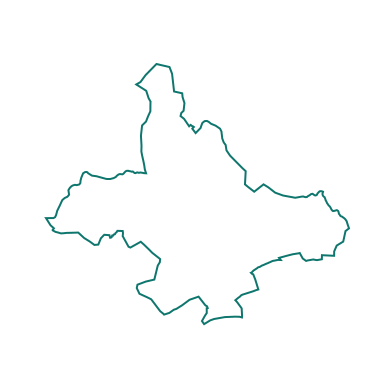 the district of Dawakin Kudu, Kano, Nigeria, rotated 170°
{"feature_id": "59680162B24430291126178", "entity_name": "Dawakin Kudu", "entity_type": "district", "adm_level": 2, "iso_a3": "NGA", "parent_name": "Nigeria", "parent_adm1": "Kano", "projection": "orthographic", "projection_center": [8.658, 11.798], "detail": "fine", "context": "isolated", "style": "outline", "palette": "teal", "viewbox_px": 384, "rotation_deg": 170, "n_neighbors": 0, "source": "geoboundaries", "source_scale": "gbopen_adm2", "svg_char_len": 4424}
<svg xmlns="http://www.w3.org/2000/svg" viewBox="0 0 384 384"><g transform="rotate(170 192 192)"><path d="M152.1,235.2L152.9,239.4L152.5,246.5L153.4,249.5L157.2,253.2L161.4,255.9L163.4,258.2L165.0,259.4L167.3,259.6L169.8,258.2L171.3,255.7L172.4,253.6L178.2,249.4L180.7,254.3L178.9,255.7L179.7,256.5L179.9,256.6L180.4,256.8L180.5,257.0L181.7,258.3L183.4,257.2L187.1,265.4L190.1,268.8L188.8,271.7L186.2,273.4L184.0,280.8L184.8,287.2L184.5,290.9L192.2,294.1L191.1,311.9L192.4,318.7L192.5,319.0L204.8,324.2L217.4,315.2L223.7,309.2L228.2,307.6L227.5,306.9L227.2,306.7L223.2,303.0L219.5,299.6L218.5,292.3L218.3,291.5L217.1,288.1L217.4,287.2L219.0,278.7L222.3,273.9L224.6,270.1L225.0,269.4L229.6,266.2L232.5,256.3L233.7,246.2L234.8,240.8L234.8,236.9L234.5,230.9L234.4,226.4L234.5,224.1L234.5,222.1L234.0,218.4L236.0,218.9L237.8,219.6L239.5,220.2L241.0,220.1L242.4,220.8L243.4,220.7L244.3,220.4L245.3,220.7L246.1,221.7L246.8,222.5L247.7,222.4L248.8,223.0L250.2,223.5L251.2,224.0L252.4,224.2L253.5,224.0L254.6,223.3L255.5,222.6L256.3,221.9L257.4,221.5L258.6,221.8L259.9,222.2L261.3,222.0L263.1,221.1L264.5,220.0L266.8,219.3L270.3,219.0L274.0,219.7L278.5,221.8L283.3,224.1L287.7,225.5L291.1,228.6L291.6,229.6L292.6,230.1L293.8,230.2L296.0,229.3L298.5,225.4L299.1,224.0L299.8,222.6L300.4,220.2L301.7,219.0L304.3,218.8L306.1,219.4L308.5,219.1L309.9,218.5L311.8,217.1L313.4,215.2L313.5,210.7L315.5,209.0L318.4,208.2L321.1,206.6L325.0,201.0L328.0,196.9L329.8,193.0L331.2,191.0L332.9,190.4L340.3,191.6L337.1,183.8L334.3,180.2L335.9,178.7L335.8,178.4L333.7,176.7L333.1,176.3L330.6,175.2L328.9,174.3L327.8,173.9L327.4,173.9L325.7,173.7L322.6,173.5L318.7,172.9L311.1,171.8L306.2,165.4L301.3,161.0L297.3,156.8L293.4,156.5L289.8,162.2L286.6,164.6L285.8,165.1L280.8,163.8L280.6,161.2L280.1,161.1L279.7,161.2L279.3,161.3L279.0,161.5L278.8,161.7L278.6,162.2L278.4,162.4L278.4,162.6L278.1,162.8L278.0,163.0L277.3,162.8L277.1,163.2L276.9,163.3L276.7,163.4L276.6,163.5L276.3,163.5L276.1,163.6L276.0,163.8L275.9,163.9L275.3,163.8L275.0,164.0L274.9,164.2L274.6,164.6L274.4,164.9L274.0,165.1L273.5,165.4L273.0,165.7L272.8,166.1L272.4,166.5L272.2,166.7L267.0,165.6L267.1,163.5L267.2,163.1L267.9,160.6L264.0,149.1L262.8,148.3L262.3,148.0L251.1,151.9L248.2,148.2L244.3,142.8L241.7,139.0L235.0,131.5L235.9,128.4L238.5,125.5L244.3,112.3L253.1,111.8L261.8,110.2L263.1,107.0L261.4,100.9L254.0,95.8L250.8,93.4L244.0,80.1L241.3,77.0L240.8,76.1L235.2,76.9L230.4,79.2L227.7,79.6L221.3,82.2L213.1,86.3L203.7,87.8L198.7,78.4L197.9,77.5L197.6,77.4L197.4,77.2L197.1,76.9L197.0,76.7L196.9,76.2L196.8,75.8L196.8,75.4L196.7,75.0L197.4,74.9L197.7,74.9L198.5,70.2L200.2,68.5L201.9,66.5L203.6,64.4L204.6,63.2L203.0,59.8L196.4,62.4L192.3,63.1L181.3,63.1L171.7,61.8L168.9,61.3L166.7,60.8L164.6,59.8L164.2,61.2L163.3,68.8L166.8,75.9L168.1,77.9L164.6,79.9L163.4,80.4L161.2,81.9L159.6,82.2L149.1,83.6L146.0,84.2L143.6,84.5L144.9,94.9L146.0,100.3L147.2,101.1L147.9,102.2L147.4,102.3L146.6,102.8L146.0,103.3L145.0,104.0L142.2,105.2L141.0,105.7L140.3,106.2L140.0,106.3L139.4,106.4L138.5,106.4L136.7,107.1L135.6,107.5L135.3,107.5L134.2,107.7L132.4,108.2L131.1,108.5L129.6,108.8L128.1,109.2L127.1,109.4L126.2,109.7L124.5,110.1L122.3,110.1L119.4,110.2L118.5,110.1L116.9,109.7L116.4,109.6L117.7,112.0L109.1,112.8L103.6,113.2L97.6,113.1L96.5,113.2L94.5,107.3L91.6,104.3L90.1,104.5L84.3,104.5L82.0,103.6L80.7,103.2L75.8,103.2L75.0,107.2L74.6,107.1L63.1,104.5L62.3,108.8L58.8,114.1L51.7,116.9L50.7,119.3L47.6,126.9L43.7,128.9L44.3,132.6L44.6,135.0L44.7,136.2L45.2,137.3L45.7,138.5L46.3,139.3L46.6,139.7L47.4,140.5L48.5,141.7L49.5,142.2L50.2,143.0L50.5,144.1L51.1,145.0L51.1,146.2L51.1,146.7L51.4,148.0L52.0,148.6L52.8,149.0L53.9,148.8L55.2,148.7L56.4,148.7L57.1,149.4L57.3,149.8L57.6,150.3L57.9,151.2L58.2,152.3L58.5,153.1L59.0,154.1L59.8,155.1L60.3,156.3L61.0,157.8L61.3,159.3L61.8,160.5L61.9,161.8L62.3,163.8L62.7,164.2L63.3,164.9L63.7,165.8L63.9,166.7L63.8,167.7L63.5,168.3L63.2,168.8L62.9,169.5L63.6,169.9L63.9,170.1L65.2,170.5L66.2,170.5L67.0,170.0L68.5,168.9L68.8,168.6L69.3,167.7L70.3,167.2L71.2,167.2L72.0,167.6L72.2,167.9L73.6,169.3L75.0,169.3L75.9,168.8L76.6,168.5L77.5,168.1L78.2,167.9L78.9,167.6L79.7,167.1L81.1,167.2L82.4,167.8L83.3,168.3L85.0,168.4L91.3,168.4L102.9,172.7L110.2,176.9L115.9,183.2L120.2,187.1L130.7,181.5L136.2,187.6L138.5,190.3L135.5,203.2L138.4,207.0L148.2,221.2L150.8,227.0L150.7,232.5L152.1,235.2Z" fill="none" stroke="#0f766e" stroke-width="2"/></g></svg>